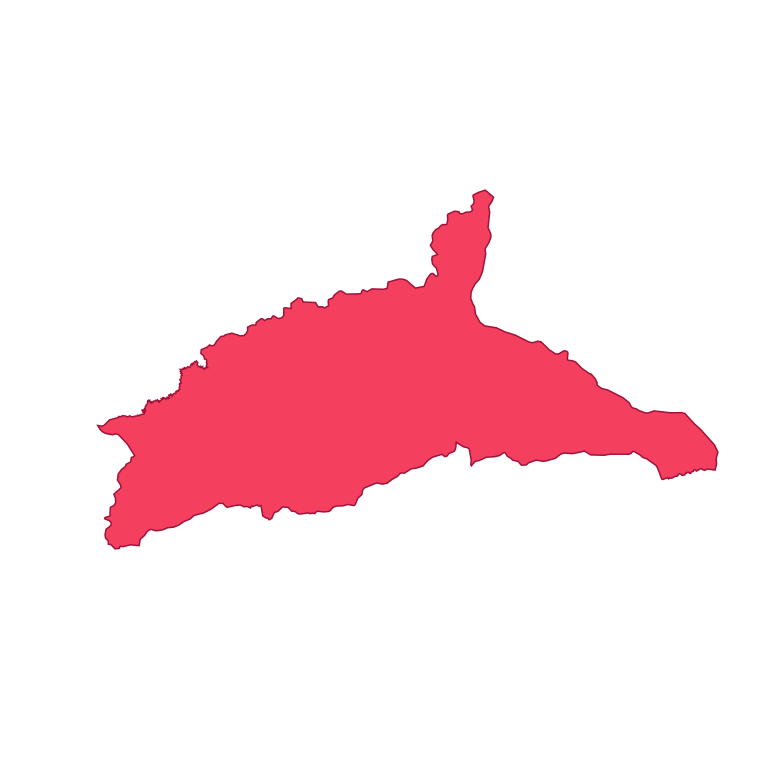 the district of Pak Chom, Loei, Thailand, rotated 76°
{"feature_id": "78962969B8993470391858", "entity_name": "Pak Chom", "entity_type": "district", "adm_level": 2, "iso_a3": "THA", "parent_name": "Thailand", "parent_adm1": "Loei", "projection": "orthographic", "projection_center": [101.94, 17.928], "detail": "fine", "context": "isolated", "style": "filled", "palette": "rose", "viewbox_px": 768, "rotation_deg": 76, "n_neighbors": 0, "source": "geoboundaries", "source_scale": "gbopen_adm2", "svg_char_len": 6157}
<svg xmlns="http://www.w3.org/2000/svg" viewBox="0 0 768 768"><g transform="rotate(76 384 384)"><path d="M342.5,590.5L344.3,592.6L342.9,592.6L342.2,593.4L343.1,594.0L342.5,595.1L343.1,595.6L344.0,595.3L345.0,596.2L345.6,595.9L345.9,596.8L344.8,596.8L344.3,597.5L346.1,599.1L344.6,600.0L345.0,601.4L343.8,601.3L343.7,602.2L344.9,602.7L344.4,603.7L345.4,603.6L346.4,605.4L346.1,605.9L346.8,605.8L347.3,606.5L344.6,607.8L345.4,608.4L344.6,609.2L345.2,610.3L344.8,611.4L345.6,612.6L345.3,613.2L346.2,613.3L346.2,614.3L345.4,615.2L345.0,614.6L344.2,615.5L343.5,615.3L343.8,616.1L342.8,616.2L343.1,617.3L346.1,618.4L346.9,619.9L348.4,621.2L349.6,621.4L350.0,622.3L351.4,621.7L351.8,622.4L353.0,622.2L353.0,623.1L351.0,623.1L350.8,625.1L353.1,624.7L354.5,623.5L355.1,624.2L354.8,627.9L355.6,628.7L354.7,630.8L355.2,631.1L354.8,637.0L353.4,638.3L353.9,640.6L352.2,643.2L351.5,645.9L352.1,647.7L351.3,649.2L352.3,650.5L352.4,659.0L356.7,666.2L356.5,668.3L355.0,671.8L359.9,670.3L363.1,667.9L364.8,665.7L367.5,659.8L367.6,656.1L368.8,654.0L380.0,647.6L393.2,643.3L394.0,644.5L394.1,646.9L398.3,648.7L399.4,653.4L401.7,655.3L403.5,659.5L407.2,663.7L412.7,665.9L417.9,664.1L421.1,664.3L425.5,672.7L429.8,672.2L434.5,673.1L436.7,675.7L437.4,679.3L445.8,681.9L446.1,687.0L446.6,687.6L447.6,687.3L450.2,683.4L453.1,682.1L455.4,683.6L457.8,688.9L462.7,691.1L466.0,691.5L469.5,689.6L472.8,690.2L473.7,687.9L478.9,684.8L479.5,680.7L477.6,679.3L478.7,676.5L478.7,668.9L481.6,660.8L475.7,658.1L472.9,652.8L470.1,649.8L468.8,647.3L468.8,644.7L471.0,641.5L471.7,638.1L471.9,633.8L471.1,628.8L472.0,622.8L471.3,617.5L469.1,611.7L468.0,604.7L465.6,600.2L465.4,589.9L463.6,582.2L459.9,573.0L460.9,569.2L464.9,566.9L465.8,565.7L465.8,558.2L466.7,552.6L469.2,549.8L469.8,546.2L472.0,543.6L470.3,541.8L471.2,540.9L470.5,536.5L472.5,534.7L472.1,532.8L482.7,533.5L485.4,531.0L486.2,529.0L488.0,528.3L487.3,525.5L482.2,521.6L481.9,517.7L478.7,512.0L480.7,506.8L485.1,504.4L486.1,501.3L489.1,498.8L489.9,496.8L490.7,489.2L492.1,486.5L491.8,485.0L493.0,482.4L491.6,480.6L491.5,479.1L493.6,473.2L494.3,468.5L493.9,466.8L491.4,463.5L490.9,459.7L492.3,453.3L492.2,448.1L494.7,442.6L494.0,441.1L488.5,437.0L485.9,432.2L481.6,430.3L480.1,428.1L478.2,415.1L480.8,409.7L481.0,404.9L478.6,399.6L476.9,393.3L474.4,389.6L475.4,385.5L472.9,378.3L473.4,373.0L473.0,366.0L468.8,360.0L466.7,354.4L466.3,344.8L469.1,342.6L469.3,340.6L467.1,337.6L466.2,331.8L463.3,329.8L458.0,328.0L464.0,322.3L466.1,318.3L467.8,317.0L478.9,317.8L483.5,319.3L484.5,319.0L481.1,314.1L481.3,310.2L479.8,302.4L481.3,294.4L481.4,289.3L479.4,284.1L480.5,282.9L484.1,281.7L486.4,279.2L489.0,277.6L491.7,272.4L495.4,270.8L496.2,269.8L496.9,265.3L495.4,262.7L494.7,254.5L497.3,248.9L497.9,244.7L497.5,235.6L494.7,229.3L494.7,225.4L497.3,217.4L497.6,205.7L502.8,200.6L506.4,187.6L506.8,181.5L511.4,163.3L511.0,160.8L509.6,159.2L510.0,157.7L514.5,153.0L518.0,150.5L520.2,147.1L528.6,139.9L531.5,138.9L543.4,137.5L544.1,136.5L543.5,131.7L544.9,130.9L544.5,129.6L545.0,127.3L544.0,124.0L544.4,121.8L542.4,119.3L543.3,117.6L544.8,117.0L544.9,114.2L543.5,112.9L543.7,112.0L543.1,111.2L543.3,109.8L544.5,109.3L544.9,108.1L543.8,107.1L543.5,104.8L542.3,103.9L542.9,102.4L544.1,102.0L542.8,97.4L543.1,96.2L544.0,95.9L545.4,93.6L544.7,90.7L547.6,83.6L541.9,80.6L537.0,79.9L530.8,76.5L523.1,78.1L504.7,87.8L497.8,92.5L485.4,99.2L483.7,102.5L481.3,112.9L475.4,128.5L476.0,134.6L475.3,137.4L471.6,142.8L469.0,145.4L467.5,148.3L466.1,149.5L461.4,150.7L455.1,155.5L443.9,168.4L441.2,173.7L437.1,177.2L436.1,177.5L434.6,176.9L429.9,177.8L424.5,180.6L423.7,182.2L416.6,188.3L409.1,192.6L407.0,195.6L405.5,199.5L404.4,200.2L399.0,198.2L397.5,198.1L396.4,198.9L395.3,201.3L396.9,206.8L396.9,208.9L395.9,210.7L390.6,215.5L381.1,221.4L379.7,224.2L379.9,229.7L378.6,232.8L368.3,244.9L362.5,254.3L356.7,261.3L352.0,272.2L347.4,275.9L338.3,278.3L330.8,277.5L328.2,278.4L321.9,279.1L316.3,277.4L312.5,274.7L308.8,271.2L305.6,266.4L298.9,261.3L282.5,253.9L277.3,253.2L271.7,247.6L267.2,244.7L264.3,244.1L257.4,245.2L242.9,239.9L237.1,239.6L232.7,234.9L229.3,232.5L220.4,238.8L220.9,245.8L222.2,251.6L223.1,252.2L228.3,252.3L230.8,253.5L232.5,256.4L236.7,256.1L237.5,257.3L237.9,259.1L237.1,262.8L237.8,266.7L236.7,269.6L235.0,269.6L233.4,273.6L234.6,280.8L235.8,281.7L240.1,282.4L244.4,284.5L243.5,288.8L244.3,291.1L246.1,293.3L246.5,296.1L249.2,299.7L251.4,301.3L257.1,302.1L260.8,305.5L265.3,304.0L271.2,300.7L271.9,306.3L274.4,307.4L279.3,307.9L284.5,305.1L290.7,305.0L291.8,305.8L292.2,306.9L291.8,307.8L288.7,309.6L288.3,310.9L288.7,312.5L292.5,317.0L299.0,321.4L298.5,330.4L288.8,337.2L286.9,340.3L285.8,344.0L286.1,355.3L292.0,357.9L291.9,361.8L288.8,372.8L290.3,378.1L287.5,381.5L288.0,382.6L290.5,384.3L290.7,385.4L287.7,398.8L283.5,402.8L283.1,405.0L285.8,410.9L288.1,413.0L288.7,417.3L290.0,418.1L294.7,418.9L295.8,423.4L294.2,425.0L293.2,429.3L288.4,430.7L284.9,442.5L281.2,443.3L279.6,446.9L280.7,448.2L283.3,454.7L288.3,455.9L286.0,461.8L286.3,462.9L293.1,464.7L294.4,466.1L295.2,468.3L294.7,471.1L291.1,474.7L291.4,475.8L293.4,477.8L292.5,481.3L293.6,484.3L291.2,486.3L291.0,487.7L293.4,493.2L295.1,493.7L295.7,494.6L294.8,497.8L295.8,502.6L299.5,503.5L302.0,506.0L303.1,508.3L302.6,511.6L297.9,519.3L297.9,526.1L298.8,527.9L298.4,530.7L301.9,536.0L305.2,539.3L305.5,541.5L303.9,543.9L305.6,547.1L306.4,553.0L310.0,554.3L313.1,552.1L316.4,552.1L316.8,550.9L317.9,550.3L320.7,551.2L321.7,550.7L323.4,552.1L325.2,551.3L324.8,552.5L325.4,552.8L325.2,554.1L326.1,554.7L325.3,554.9L324.6,556.2L323.4,555.8L323.8,556.8L322.9,557.2L323.7,557.4L322.1,559.2L322.2,560.0L320.1,560.6L318.3,559.5L316.2,560.5L317.1,561.6L316.6,562.5L317.6,563.3L317.7,565.0L318.5,564.3L319.2,565.0L318.5,566.7L320.9,568.2L319.8,570.3L321.1,572.6L319.9,573.4L320.5,573.9L320.3,574.6L321.0,574.7L320.4,575.3L321.2,575.8L320.5,578.2L321.4,577.8L322.5,578.6L323.2,577.4L324.4,578.6L325.1,577.5L326.4,578.5L326.9,577.9L327.4,579.0L329.7,579.5L330.4,581.1L331.8,580.5L334.2,580.8L334.0,582.1L334.8,582.6L335.9,582.2L338.0,583.6L339.6,583.4L340.0,584.6L341.3,585.5L340.5,586.3L341.0,587.8L342.2,587.8L342.5,590.5Z" fill="#f43f5e" stroke="#9f1239" stroke-width="1.5"/></g></svg>